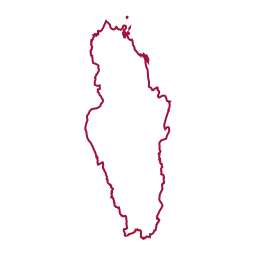 outline of Khlong Thom, Krabi, Thailand, rotated 178°
{"feature_id": "78962969B45717742719747", "entity_name": "Khlong Thom", "entity_type": "district", "adm_level": 2, "iso_a3": "THA", "parent_name": "Thailand", "parent_adm1": "Krabi", "projection": "equal_earth", "projection_center": [99.206, 7.914], "detail": "fine", "context": "isolated", "style": "outline", "palette": "rose", "viewbox_px": 256, "rotation_deg": 178, "n_neighbors": 0, "source": "geoboundaries", "source_scale": "gbopen_adm2", "svg_char_len": 5864}
<svg xmlns="http://www.w3.org/2000/svg" viewBox="0 0 256 256"><g transform="rotate(178 128 128)"><path d="M115.0,17.2L114.9,17.6L114.0,18.4L113.5,18.3L112.8,19.0L110.1,18.1L110.1,18.8L109.6,19.3L109.7,21.0L108.3,21.0L106.9,21.8L106.0,22.7L105.8,23.5L105.3,24.7L104.1,24.7L102.9,29.7L103.0,30.3L102.4,30.9L102.1,32.0L101.0,32.6L100.8,33.9L100.3,34.1L99.9,34.8L100.5,35.8L102.1,36.2L102.2,36.7L101.7,36.7L101.5,37.1L102.0,37.9L101.9,39.3L101.0,40.6L99.2,44.3L97.7,46.4L96.3,48.9L96.4,49.8L97.3,52.1L98.5,53.5L99.2,55.5L98.7,59.6L98.3,60.9L95.6,66.0L95.9,66.7L95.8,68.1L96.0,70.1L95.7,70.8L95.3,70.8L95.1,71.5L94.1,71.7L93.7,72.4L94.3,75.6L93.9,76.3L94.0,76.6L93.8,77.3L94.0,77.5L93.8,78.5L94.3,79.1L94.4,79.9L95.6,80.2L95.7,80.6L96.4,80.8L96.0,83.3L96.5,84.2L96.2,85.1L96.3,86.2L96.1,86.3L95.7,87.5L95.1,87.9L95.5,88.5L95.5,90.7L96.0,90.6L97.0,91.8L97.0,92.8L96.8,93.2L97.4,93.9L97.0,94.5L97.0,94.9L97.4,94.8L98.0,95.4L97.6,96.1L97.1,96.0L97.1,96.5L97.6,97.1L98.0,98.2L97.4,100.4L98.2,101.0L98.3,101.4L97.1,102.0L96.4,103.7L97.3,105.5L97.0,109.0L97.3,111.5L96.6,112.8L95.3,114.4L90.3,116.0L89.3,119.1L86.9,123.2L87.0,126.6L87.3,127.2L88.0,127.5L89.0,127.3L90.9,125.5L91.5,127.3L91.7,129.9L89.4,137.2L87.4,142.6L86.5,144.1L87.1,144.7L85.9,146.9L85.5,149.8L85.9,151.9L85.5,152.4L85.8,152.5L85.3,153.0L87.5,153.5L88.2,153.9L89.2,157.8L89.6,158.6L90.3,159.0L92.4,159.1L95.7,157.4L96.5,157.6L97.1,159.1L96.0,161.1L95.6,162.9L95.8,163.8L97.2,165.0L96.8,166.8L97.1,167.4L97.7,167.5L98.6,166.8L99.9,166.4L101.4,165.0L102.0,164.9L102.5,165.1L103.3,167.1L105.6,168.5L105.7,169.3L105.3,173.0L106.1,177.3L106.4,185.6L107.7,188.8L108.3,192.8L108.1,195.7L108.4,195.7L109.5,198.8L110.3,199.1L110.7,200.5L111.4,200.7L113.0,199.9L114.9,201.2L115.6,202.5L117.4,204.6L117.3,205.0L118.2,205.6L118.8,207.0L118.6,207.4L118.9,208.7L120.2,211.1L120.5,215.0L121.0,216.2L121.4,216.3L121.6,215.9L122.1,215.7L123.3,216.3L124.7,217.8L125.0,219.8L126.2,220.9L126.9,220.7L127.8,218.6L128.7,219.0L128.5,219.8L129.3,220.8L129.6,221.9L129.6,222.9L128.7,225.8L127.8,226.7L126.9,227.2L126.4,228.4L126.5,229.7L127.7,230.6L128.9,230.4L129.6,229.5L129.5,228.8L129.7,228.0L131.8,226.3L134.8,227.3L135.5,228.8L136.2,229.5L137.0,228.1L138.2,227.1L138.9,226.9L141.2,228.0L142.1,229.5L142.4,231.7L144.2,233.8L145.0,234.5L145.7,234.5L146.2,235.5L149.7,228.4L151.0,226.5L152.2,225.6L154.2,226.2L154.6,226.0L154.7,225.4L154.2,224.1L154.6,222.5L155.1,222.5L155.7,223.2L156.1,222.9L156.0,222.1L156.2,221.7L156.9,222.5L157.2,221.6L157.6,221.8L157.6,222.3L158.1,222.8L158.3,222.3L159.0,222.1L158.5,221.8L158.5,221.3L159.0,221.0L159.1,219.8L159.5,219.6L160.1,218.7L160.1,217.7L161.0,216.9L161.4,217.1L161.5,216.5L161.3,216.1L161.7,215.9L161.5,215.5L161.8,215.3L161.5,213.9L162.1,213.1L161.5,211.8L161.5,211.3L161.2,211.1L161.0,209.7L161.4,209.3L161.3,208.6L161.7,208.1L161.7,207.6L162.2,207.3L162.4,206.4L162.7,206.4L162.8,206.0L162.4,204.1L162.7,203.5L162.2,202.4L162.3,201.9L161.9,201.9L161.2,201.5L161.1,200.9L161.4,200.0L161.1,199.2L160.9,195.5L160.6,194.3L156.6,192.5L155.3,191.4L155.6,189.0L155.1,187.9L155.1,186.2L157.0,183.2L157.6,182.8L158.1,181.3L159.3,179.6L158.7,178.2L159.6,175.2L159.8,172.4L157.8,171.4L156.5,171.2L154.8,171.5L154.8,168.1L155.3,167.6L156.7,167.6L157.0,165.2L155.8,164.0L155.1,161.7L153.9,160.7L152.9,158.1L152.2,157.4L152.0,156.3L152.2,155.4L153.0,154.1L154.0,153.4L154.9,150.9L158.0,148.9L163.4,148.2L165.0,146.9L165.8,146.0L166.9,143.5L168.2,142.1L168.7,141.1L168.2,137.0L169.0,135.5L170.5,130.6L170.7,128.3L169.7,125.5L169.6,123.2L168.9,119.1L168.1,118.1L167.8,116.9L165.8,114.6L164.0,110.6L161.3,103.8L160.8,101.4L160.1,100.8L160.6,99.7L159.5,99.3L159.8,97.8L159.3,96.7L159.8,94.8L159.2,93.0L159.3,92.5L158.7,92.5L158.5,92.9L157.8,93.2L156.8,93.3L155.2,94.5L154.5,94.6L154.1,93.8L154.2,92.4L154.0,91.4L154.4,90.3L154.3,88.5L153.5,87.5L153.0,85.6L151.8,83.9L151.7,82.1L151.4,81.7L150.8,79.9L150.8,79.0L151.2,77.8L150.1,76.9L150.5,75.9L150.2,74.3L149.3,73.0L148.0,72.1L148.0,71.7L146.8,71.2L147.1,70.1L146.9,69.2L146.0,68.6L145.9,68.2L145.4,68.1L145.1,67.5L145.6,67.0L146.1,65.7L146.4,65.6L146.1,64.5L146.5,64.4L146.3,64.0L146.8,63.5L146.8,63.0L146.5,62.6L146.7,61.7L146.4,61.0L147.2,59.3L145.6,59.0L145.5,58.4L145.2,58.0L145.2,57.2L144.5,56.1L144.8,54.6L144.5,54.0L144.0,53.5L144.3,52.6L144.1,52.3L144.1,51.0L142.9,49.5L142.3,49.6L140.9,48.6L139.8,48.9L139.6,48.2L139.2,45.2L139.4,44.6L139.1,44.1L139.0,42.9L138.8,42.3L137.7,41.3L137.7,40.8L137.0,40.7L136.3,39.8L135.2,40.2L134.4,40.0L133.8,40.3L133.0,39.6L132.6,33.5L133.1,32.7L132.7,30.9L132.7,29.6L132.3,28.1L132.6,27.7L134.3,27.0L135.5,27.1L135.8,26.5L135.7,25.2L134.7,22.5L135.0,21.4L134.9,20.8L134.4,20.3L131.6,20.8L130.5,22.0L128.4,22.3L125.2,23.7L124.9,24.3L124.2,24.5L124.2,25.4L123.9,25.7L123.8,26.2L122.4,25.9L122.0,26.3L121.1,25.3L119.6,25.5L118.9,24.8L118.6,23.4L118.9,21.7L118.7,20.4L118.9,19.2L118.7,18.5L117.9,18.1L117.6,17.5L117.1,17.3L116.5,17.6L116.4,16.8L115.0,17.2ZM106.6,199.1L107.3,197.8L107.4,196.5L106.6,194.2L105.8,193.2L106.0,194.9L105.4,196.0L105.7,197.2L106.6,199.1ZM125.4,222.2L125.2,221.8L123.6,222.3L124.1,223.5L124.8,223.7L125.4,222.2ZM108.1,199.3L108.4,197.8L107.9,196.4L107.7,198.0L108.1,199.3ZM128.1,223.2L128.7,222.5L128.5,221.4L128.1,222.1L128.1,223.2ZM105.4,195.9L105.9,195.0L105.6,194.0L105.2,194.8L105.2,195.4L105.4,195.9ZM125.3,239.1L125.4,238.2L125.2,238.0L124.9,238.1L124.6,238.6L124.7,239.2L125.3,239.1ZM127.5,223.4L127.7,222.9L127.6,222.2L127.2,223.1L127.5,223.4ZM107.5,199.1L107.3,198.4L106.9,199.2L107.3,199.6L107.5,199.1ZM122.7,228.3L123.1,227.9L123.2,227.2L122.9,227.5L122.7,228.3ZM112.9,201.0L113.1,200.5L112.8,200.0L112.7,200.8L112.9,201.0ZM128.0,221.7L128.2,221.2L128.1,220.8L127.9,221.3L128.0,221.7ZM109.5,201.1L109.5,200.5L109.2,200.2L109.2,200.8L109.5,201.1ZM129.1,221.3L129.0,220.8L128.7,220.5L128.8,221.0L129.1,221.3Z" fill="none" stroke="#9f1239" stroke-width="2"/></g></svg>